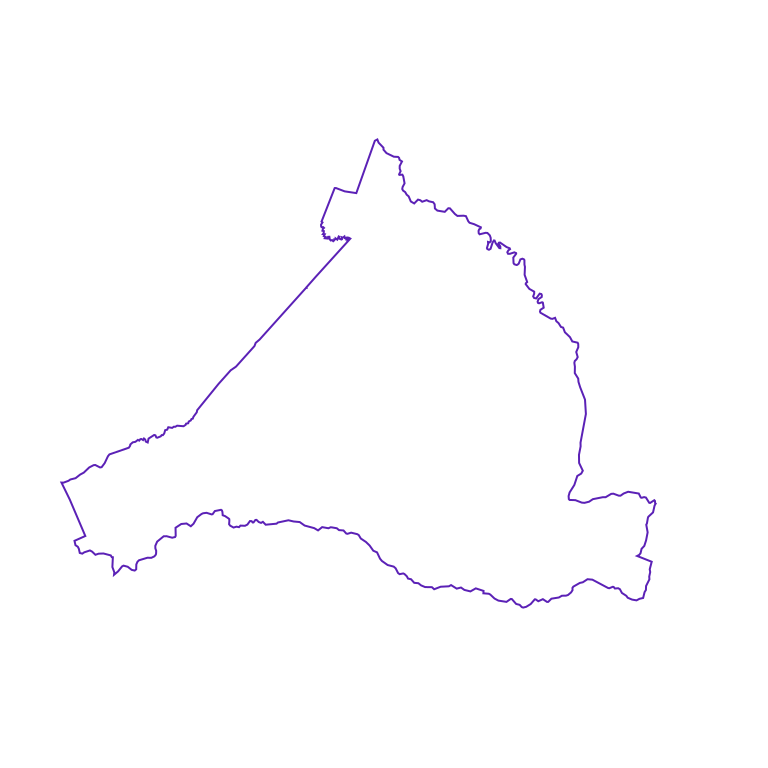 La Troncal, Cañar, Ecuador (Natural Earth projection), rotated 11°
{"feature_id": "8360857B94153717881636", "entity_name": "La Troncal", "entity_type": "district", "adm_level": 2, "iso_a3": "ECU", "parent_name": "Ecuador", "parent_adm1": "Cañar", "projection": "natural_earth1", "projection_center": [-79.383, -2.434], "detail": "fine", "context": "isolated", "style": "outline", "palette": "violet", "viewbox_px": 768, "rotation_deg": 11, "n_neighbors": 0, "source": "geoboundaries", "source_scale": "gbopen_adm2", "svg_char_len": 6147}
<svg xmlns="http://www.w3.org/2000/svg" viewBox="0 0 768 768"><g transform="rotate(11 384 384)"><path d="M655.0,442.9L644.2,443.2L640.1,445.8L637.5,448.5L635.7,448.8L630.1,447.9L628.0,448.5L623.2,452.8L620.3,453.4L611.0,457.2L607.8,460.4L603.5,462.4L600.8,462.7L594.0,461.5L588.3,462.4L587.4,461.7L586.6,458.8L586.9,455.0L590.1,446.8L591.3,437.4L594.7,434.3L595.7,431.2L590.6,424.3L588.9,416.3L588.9,407.7L588.1,404.1L587.9,374.9L584.3,361.0L577.2,349.8L574.5,344.8L573.6,341.6L569.2,336.9L568.1,330.6L566.8,326.9L566.9,325.0L568.3,323.0L569.0,320.6L566.6,315.9L567.7,310.8L567.0,307.6L566.2,306.5L560.7,306.3L557.6,302.5L551.7,298.7L549.1,294.5L546.8,294.2L543.7,290.9L541.2,289.5L539.3,286.4L536.9,287.9L535.2,288.0L524.0,284.2L523.3,283.2L523.4,281.3L526.2,278.6L524.4,273.8L523.6,273.6L520.8,275.2L519.7,275.0L519.1,274.0L519.4,271.3L522.2,268.5L522.0,266.7L521.3,265.7L519.6,265.6L517.0,271.0L514.9,270.9L513.7,269.5L514.2,266.7L513.8,264.7L508.5,262.9L504.0,258.9L504.0,258.1L505.1,256.6L501.2,250.0L500.0,242.1L499.1,240.0L498.2,235.6L497.5,234.9L495.9,234.6L494.1,235.7L493.3,240.1L492.2,241.5L491.4,241.9L489.1,241.6L488.1,240.6L486.8,235.2L488.9,230.9L488.7,230.3L486.8,229.9L482.7,232.2L480.9,232.5L479.9,231.1L480.6,229.0L482.0,227.6L481.5,226.8L478.2,226.2L470.9,223.0L469.8,223.4L469.5,224.3L471.9,226.7L472.3,228.5L471.3,228.6L466.8,224.5L465.2,222.1L464.5,222.1L463.6,224.4L462.8,231.0L461.4,232.2L459.7,231.8L459.1,230.9L459.5,226.7L459.0,224.7L460.7,224.9L461.6,223.3L460.8,220.1L459.5,217.9L456.7,216.0L454.9,216.2L449.3,218.8L448.2,217.9L447.6,215.7L447.9,214.0L449.1,212.9L449.2,211.7L441.9,209.9L437.2,209.4L435.7,208.2L432.4,203.6L430.0,203.6L424.0,205.0L421.2,203.6L415.2,199.0L413.6,199.2L410.8,203.4L403.3,203.6L400.5,202.0L399.4,197.9L397.6,196.2L393.3,196.1L390.8,195.4L386.7,197.8L384.6,196.7L382.2,196.5L379.2,201.0L375.5,199.7L372.4,195.1L370.1,193.8L368.2,191.6L365.8,190.5L364.7,189.1L364.7,187.0L365.9,183.1L363.3,176.5L362.1,175.0L359.2,175.8L358.8,175.3L359.7,171.9L358.3,169.6L357.8,166.9L359.2,162.1L356.5,161.0L355.7,159.2L354.5,158.4L350.3,159.0L342.4,156.9L338.8,154.1L338.4,152.2L332.6,148.1L330.8,145.2L328.6,147.0L320.4,201.9L308.7,202.4L299.4,200.8L298.2,201.1L291.7,236.5L292.8,237.1L291.8,239.6L292.2,241.2L292.8,242.0L294.4,241.6L295.3,242.2L294.5,243.2L294.3,245.3L295.8,245.4L296.0,247.4L295.5,248.5L297.3,248.3L296.7,250.4L298.8,250.9L298.2,252.2L301.0,252.0L301.1,250.2L302.3,249.9L303.2,252.4L304.4,253.3L305.5,252.6L306.9,253.5L307.7,252.5L307.5,251.5L308.8,251.1L308.7,250.3L310.6,251.2L311.4,247.8L311.9,248.0L311.8,249.7L314.6,250.3L315.1,249.9L314.4,248.0L315.7,248.2L317.0,246.7L317.7,248.2L319.1,247.6L319.3,249.1L319.9,248.8L320.1,247.2L320.5,247.2L320.6,248.9L321.7,247.2L323.2,247.7L296.7,291.5L289.4,303.9L289.7,304.4L289.0,304.7L253.4,364.1L250.2,368.1L249.6,371.5L235.4,395.2L230.9,399.8L221.6,415.4L205.6,445.4L205.6,447.5L203.2,452.5L202.9,454.5L201.7,455.1L201.3,456.6L199.5,458.1L199.3,459.9L197.3,460.7L197.1,461.9L195.3,463.7L188.9,464.4L187.3,465.8L185.9,466.0L184.4,467.5L180.5,467.6L179.9,470.2L178.0,471.1L177.7,474.5L176.7,476.4L175.5,476.6L174.8,478.0L171.7,480.0L170.7,479.9L169.4,478.0L168.1,477.9L163.3,482.5L163.2,486.5L161.2,486.0L160.2,484.1L158.8,483.3L158.2,485.0L156.5,484.3L155.4,484.6L154.5,486.3L153.1,485.8L151.0,488.2L148.5,489.2L146.5,491.8L146.6,493.0L145.7,495.2L127.9,505.5L126.8,507.6L124.9,515.0L122.7,519.5L121.2,520.1L116.0,518.6L114.4,519.1L110.5,522.2L106.2,528.3L103.0,530.9L99.2,535.3L94.3,537.6L92.8,539.2L88.2,542.0L86.2,542.3L97.6,557.4L119.8,590.2L110.1,597.0L111.9,601.1L114.5,602.2L115.9,604.0L117.6,607.9L120.2,608.1L121.9,606.4L127.1,603.5L129.4,604.2L133.3,606.7L136.3,605.0L141.0,603.9L148.5,604.4L149.8,605.9L150.9,605.8L152.3,615.5L155.2,620.3L155.4,622.8L158.7,618.7L161.7,613.0L163.0,612.0L167.3,612.3L171.8,614.6L174.9,614.7L176.1,613.2L175.3,608.4L175.9,605.6L177.1,603.8L184.9,599.7L188.8,599.0L191.5,597.0L192.6,595.0L192.6,593.7L192.2,591.2L190.9,588.9L190.4,586.5L191.4,582.0L196.8,575.5L199.7,574.9L205.4,575.3L208.1,574.1L208.5,572.8L206.8,564.9L211.7,560.1L216.8,558.6L221.5,560.5L223.7,557.5L226.1,550.4L229.7,546.4L231.1,545.4L234.4,544.3L239.7,544.9L240.6,544.5L242.2,541.0L248.0,538.6L249.0,539.0L249.8,540.4L250.7,543.6L253.2,544.0L257.2,545.7L257.9,546.2L258.3,547.8L258.7,551.2L260.0,552.4L263.7,553.6L266.4,552.2L269.0,552.2L270.1,550.4L274.6,549.7L276.7,548.1L278.6,544.1L280.2,543.9L281.5,545.0L282.3,544.8L283.7,542.0L284.8,541.7L287.4,543.4L289.8,543.8L291.4,542.4L294.7,544.7L305.2,541.6L306.3,540.2L316.2,536.0L321.5,536.2L327.6,535.6L333.1,538.1L343.0,538.8L347.2,540.3L350.6,536.3L357.0,536.2L359.0,534.8L360.2,534.7L365.2,534.6L367.7,536.0L372.2,535.5L375.5,538.0L376.8,538.0L380.1,536.2L386.4,536.5L388.0,537.1L390.7,540.1L396.4,542.5L400.7,545.3L405.3,549.7L409.3,550.6L413.4,556.2L415.7,558.1L422.1,561.0L428.4,561.4L430.6,562.7L433.9,566.9L435.6,567.7L439.0,566.3L440.3,566.6L443.1,568.4L444.7,570.4L447.8,570.5L451.6,573.4L455.8,573.0L458.8,574.6L463.1,575.5L469.8,574.3L472.4,575.9L478.3,572.2L486.3,570.2L488.2,568.6L494.4,571.0L498.4,569.1L502.2,570.8L508.4,571.1L513.1,567.1L521.2,568.1L521.5,570.5L526.9,569.9L528.5,570.4L533.4,573.5L537.6,574.8L545.8,574.5L549.4,570.8L550.5,570.7L555.7,574.7L559.3,574.9L561.8,576.7L563.3,576.9L566.1,575.6L570.0,572.0L573.1,566.6L574.0,566.5L576.9,567.8L581.0,564.9L585.6,566.8L586.8,566.5L589.3,562.8L596.4,560.2L599.0,557.9L603.1,557.0L604.9,556.0L607.4,552.9L608.4,550.4L607.9,548.2L608.5,546.8L614.2,541.9L617.0,540.7L621.0,536.8L625.9,536.3L642.9,541.5L644.1,541.5L647.3,539.4L648.1,539.4L649.7,540.7L652.8,539.8L654.7,540.4L657.4,543.7L662.3,545.7L664.0,547.3L668.7,548.3L673.2,548.2L675.8,546.1L679.2,544.6L679.5,538.6L680.4,536.2L679.8,532.3L681.8,525.1L681.1,522.4L681.2,517.8L680.2,515.2L680.7,507.4L665.3,504.5L667.1,503.1L668.1,501.2L668.3,496.6L670.4,493.3L671.1,487.5L671.1,479.3L668.3,472.1L668.7,470.7L668.6,465.0L668.8,463.9L672.6,458.7L672.8,451.7L673.5,449.6L672.9,449.3L672.3,447.1L671.5,446.5L667.9,450.0L667.0,450.0L662.8,445.5L660.9,445.4L658.7,446.5L657.7,446.4L655.0,442.9Z" fill="none" stroke="#5b21b6" stroke-width="2"/></g></svg>